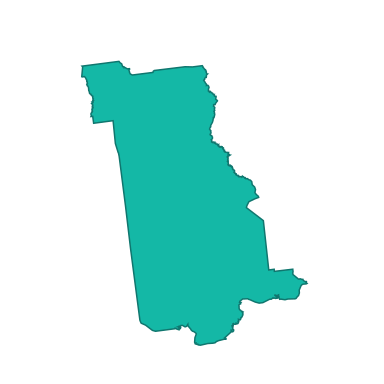 the district of Casey, Victoria, Australia, rotated 344°
{"feature_id": "25037944B44962811090312", "entity_name": "Casey", "entity_type": "district", "adm_level": 2, "iso_a3": "AUS", "parent_name": "Australia", "parent_adm1": "Victoria", "projection": "natural_earth1", "projection_center": [145.344, -38.095], "detail": "fine", "context": "isolated", "style": "filled", "palette": "teal", "viewbox_px": 384, "rotation_deg": 344, "n_neighbors": 0, "source": "geoboundaries", "source_scale": "gbopen_adm2", "svg_char_len": 6038}
<svg xmlns="http://www.w3.org/2000/svg" viewBox="0 0 384 384"><g transform="rotate(344 192 192)"><path d="M236.7,73.4L226.9,71.9L219.9,69.7L189.2,64.8L188.0,65.3L187.4,66.3L166.9,63.1L165.2,61.5L164.9,59.7L165.1,58.5L164.9,57.8L165.2,56.9L165.9,56.7L165.9,56.2L163.8,55.8L161.9,53.9L160.9,53.8L161.1,52.8L159.9,52.3L159.7,49.3L158.5,48.0L157.8,46.3L121.0,40.7L121.4,41.5L117.8,50.8L118.7,51.3L120.2,51.3L120.7,51.9L121.3,53.5L121.4,54.9L121.7,55.4L121.3,56.9L121.7,57.3L121.4,58.1L121.4,58.9L120.9,59.1L120.9,59.4L120.4,59.9L120.8,60.6L120.7,61.1L121.0,61.3L121.3,63.1L120.7,66.0L120.9,67.2L120.7,68.8L121.2,69.8L121.8,70.2L121.7,70.8L122.1,71.1L122.4,72.0L123.0,72.6L122.7,72.9L122.6,74.3L122.8,75.1L122.4,75.2L122.4,76.0L122.1,76.3L122.4,76.7L121.8,76.8L121.8,77.9L120.7,77.9L120.9,78.3L120.4,78.9L120.8,78.7L121.0,78.9L119.9,79.3L120.6,80.2L120.3,80.4L120.5,81.3L119.9,81.9L120.3,82.1L120.0,82.9L120.1,83.7L119.2,83.8L119.3,84.3L119.1,84.9L118.6,85.0L118.6,86.8L118.1,86.8L118.0,87.7L116.7,88.5L116.3,89.3L116.3,90.8L115.7,91.6L117.4,91.9L116.4,98.8L135.8,101.7L131.7,124.3L131.9,133.8L132.1,134.0L131.8,137.7L124.2,187.3L117.2,230.3L107.3,296.1L106.6,300.7L106.7,302.4L107.0,304.1L110.7,307.2L115.8,314.1L118.5,315.8L137.7,318.7L138.2,318.2L138.9,319.0L139.5,319.1L139.6,319.6L141.6,320.9L142.2,320.1L141.9,319.2L142.4,319.0L142.5,318.6L142.5,318.2L141.5,317.7L142.6,317.6L143.1,318.0L143.5,319.6L143.8,319.2L143.8,318.6L143.4,317.6L144.0,317.8L144.6,317.2L146.1,317.6L148.0,319.6L148.6,319.8L149.8,319.6L151.5,318.1L151.2,319.5L153.0,323.5L153.1,324.3L154.0,325.8L155.7,327.1L157.0,329.1L157.0,329.6L154.7,332.8L153.1,337.1L153.2,338.2L154.1,338.3L153.5,339.0L155.2,340.1L156.1,339.5L155.6,340.4L156.0,340.8L158.0,341.6L165.4,342.0L170.4,343.1L172.6,343.3L174.3,342.5L176.6,342.2L182.4,342.4L184.0,342.9L184.3,342.3L183.8,341.5L182.9,341.5L182.9,341.3L190.9,337.4L191.5,336.0L192.1,337.5L192.7,337.6L193.8,336.9L194.0,335.8L193.0,335.4L193.6,334.6L193.5,333.9L193.9,333.4L193.7,333.0L194.0,332.9L193.7,332.1L194.5,332.2L194.7,331.8L194.4,331.4L194.9,331.3L194.9,330.1L195.6,329.9L195.8,330.5L197.0,331.1L197.7,331.0L198.2,330.2L198.6,330.6L198.5,331.1L199.8,331.1L200.7,330.3L200.5,329.4L201.0,329.3L201.1,328.9L201.4,328.9L201.3,328.3L201.6,328.4L201.9,328.0L201.8,327.3L203.2,328.1L204.1,327.2L204.4,326.2L205.3,326.1L206.7,324.6L207.2,323.7L207.0,323.3L207.5,322.7L207.4,321.8L208.0,321.4L207.5,321.0L207.5,320.8L206.9,320.8L206.2,319.2L205.3,318.2L205.2,316.8L205.8,314.6L205.8,313.9L206.3,313.2L207.2,313.1L207.6,312.5L208.0,312.7L208.3,311.9L208.6,311.7L207.3,311.1L207.9,310.2L211.2,308.8L216.2,310.0L217.0,310.9L217.9,311.4L222.4,315.2L225.9,317.3L229.6,317.9L237.0,316.5L238.8,316.9L240.7,316.1L241.1,316.6L241.9,316.6L242.8,317.3L244.9,317.6L245.2,316.7L244.0,315.8L244.0,315.1L243.2,314.2L243.4,313.9L244.3,314.4L245.1,315.8L246.4,314.7L246.7,314.7L245.8,316.1L246.1,316.5L246.6,316.5L246.0,317.4L246.6,317.9L246.7,319.3L248.0,319.5L251.7,321.2L254.6,321.3L261.7,323.1L262.7,323.0L264.6,321.5L265.8,321.0L267.4,318.6L268.0,315.9L271.0,312.1L272.2,311.4L273.4,311.2L276.4,311.8L277.4,311.6L276.7,310.6L277.3,309.9L277.2,309.5L276.1,309.3L275.3,308.6L274.5,307.1L274.5,306.5L273.2,306.2L272.6,305.5L271.6,305.2L270.8,305.3L270.3,305.0L266.3,299.2L266.6,297.3L267.1,296.7L267.6,294.0L249.3,291.0L249.7,288.9L244.3,288.1L252.7,239.2L240.0,222.1L240.9,220.4L244.0,217.0L250.4,215.9L254.6,215.6L254.6,214.4L253.1,212.1L252.3,209.9L253.7,207.3L253.6,204.5L251.9,201.6L252.3,198.5L251.4,196.7L250.2,196.0L249.4,195.2L249.2,194.5L247.4,194.1L246.9,193.6L247.3,193.4L247.1,192.9L246.5,193.0L245.7,191.5L245.0,191.0L244.4,191.3L244.5,190.7L243.6,191.1L242.6,190.5L241.4,190.4L241.1,190.1L241.5,189.9L241.4,189.4L240.9,189.0L240.8,188.6L240.1,188.6L239.1,187.7L239.0,187.3L239.5,187.1L239.5,186.1L239.2,186.7L238.9,186.6L238.8,185.8L238.3,185.7L238.0,184.9L238.2,184.6L237.9,184.4L238.6,183.9L238.8,183.3L238.7,182.7L237.6,181.9L237.7,181.5L237.4,181.1L237.7,180.7L237.6,179.8L237.3,179.6L237.6,179.4L237.4,178.9L237.6,178.6L237.1,177.9L236.5,177.9L236.7,177.4L236.2,176.8L235.8,177.0L235.7,176.5L235.1,176.5L234.9,176.9L234.4,176.5L234.1,175.7L234.5,175.5L234.9,174.3L234.7,173.8L235.2,173.0L235.2,172.7L234.9,172.8L234.5,172.3L235.6,171.3L235.2,170.8L236.0,169.6L235.8,169.1L236.1,168.8L235.5,168.0L236.1,167.5L236.9,167.6L238.8,167.0L238.4,166.8L238.1,166.0L237.2,165.9L237.5,165.6L237.3,164.9L238.0,164.1L235.1,163.0L234.6,162.5L234.8,162.2L234.3,162.1L234.1,161.3L234.6,160.8L234.3,160.6L234.2,159.8L233.8,159.6L233.5,158.5L234.3,158.3L234.2,158.1L233.5,158.0L233.5,156.8L232.8,156.4L232.4,156.7L231.9,156.3L231.7,156.7L230.8,156.4L230.4,155.8L230.7,155.3L229.8,154.7L230.6,153.7L230.0,153.7L229.7,153.2L229.4,153.5L229.0,152.7L228.0,152.2L228.2,151.4L227.0,151.1L227.4,150.4L227.0,150.4L226.3,149.8L225.6,149.7L225.2,150.0L224.6,149.2L225.2,148.1L224.9,147.0L225.8,146.7L226.5,146.0L226.8,144.8L226.5,144.4L226.5,143.3L225.6,142.8L225.2,141.9L225.4,141.4L225.8,141.4L226.6,140.3L226.7,139.0L227.0,138.5L226.7,138.2L226.8,137.9L226.2,136.4L226.9,135.3L228.0,134.5L227.9,134.1L228.5,133.0L230.8,130.7L232.0,128.8L232.0,128.4L232.7,127.5L233.0,126.4L233.5,126.6L233.9,126.2L235.1,124.0L235.4,123.2L235.1,122.5L235.6,121.5L235.3,120.4L236.3,119.9L236.4,118.1L236.9,117.8L237.2,117.0L236.3,115.4L236.9,114.6L236.8,114.1L237.2,113.9L238.3,114.3L239.5,112.9L241.6,111.4L241.6,111.0L240.3,109.4L241.5,106.9L241.4,106.5L240.4,106.4L240.0,105.9L240.1,105.5L239.8,104.5L240.1,104.3L239.3,104.0L239.1,103.4L239.2,103.0L238.5,102.4L238.4,101.9L237.8,101.7L237.5,100.6L236.3,100.9L236.1,100.2L236.5,99.9L235.6,99.4L236.4,97.1L237.1,96.5L237.2,95.0L236.8,94.0L236.4,93.9L235.8,93.2L235.3,93.4L235.6,92.4L234.9,90.8L234.6,89.2L234.1,88.4L234.0,87.8L235.2,87.3L235.3,86.6L235.7,86.2L236.5,85.7L237.3,85.8L237.4,85.5L237.3,85.2L237.7,84.9L238.1,83.5L239.3,82.9L239.0,82.8L238.6,80.8L238.9,80.3L238.7,80.0L238.9,78.9L238.5,78.0L238.1,78.0L237.4,76.0L236.8,75.0L237.1,74.5L236.7,73.4Z" fill="#14b8a6" stroke="#0f766e" stroke-width="1.5"/></g></svg>